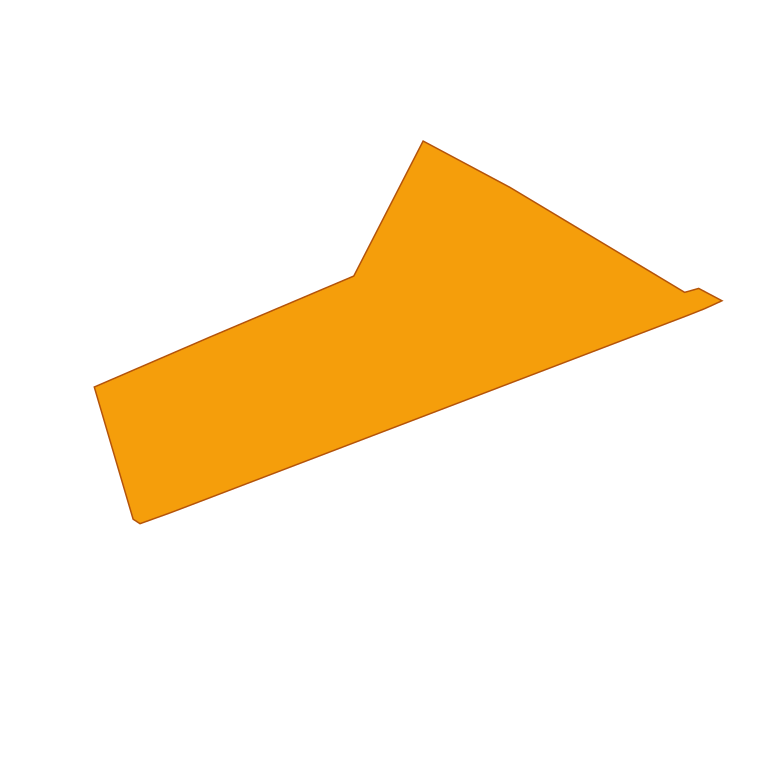 the district of Garagum, Mary, Turkmenistan, rotated 301°
{"feature_id": "10190150B14310189929045", "entity_name": "Garagum", "entity_type": "district", "adm_level": 2, "iso_a3": "TKM", "parent_name": "Turkmenistan", "parent_adm1": "Mary", "projection": "mercator", "projection_center": [61.282, 38.084], "detail": "fine", "context": "isolated", "style": "filled", "palette": "amber", "viewbox_px": 768, "rotation_deg": 301, "n_neighbors": 0, "source": "geoboundaries", "source_scale": "gbopen_adm2", "svg_char_len": 339}
<svg xmlns="http://www.w3.org/2000/svg" viewBox="0 0 768 768"><g transform="rotate(301 384 384)"><path d="M164.1,267.6L600.0,609.6L613.9,620.2L629.4,630.8L628.0,604.5L617.4,594.5L617.4,391.3L612.4,292.4L461.0,302.5L334.3,210.4L232.2,137.2L138.9,238.6L138.6,246.8L164.1,267.6Z" fill="#f59e0b" stroke="#b45309" stroke-width="1.5"/></g></svg>